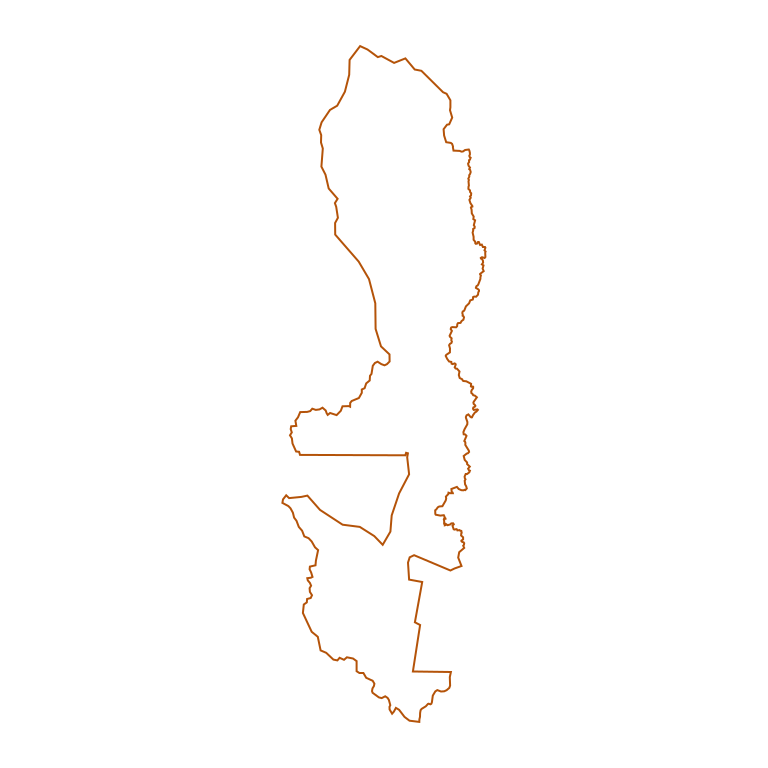 Rodríguez, San José, Uruguay (Equal Earth projection)
{"feature_id": "84410073B80691141354915", "entity_name": "Rodríguez", "entity_type": "district", "adm_level": 2, "iso_a3": "URY", "parent_name": "Uruguay", "parent_adm1": "San José", "projection": "equal_earth", "projection_center": [-56.456, -34.221], "detail": "fine", "context": "isolated", "style": "outline", "palette": "amber", "viewbox_px": 768, "rotation_deg": 0, "n_neighbors": 0, "source": "geoboundaries", "source_scale": "gbopen_adm2", "svg_char_len": 6102}
<svg xmlns="http://www.w3.org/2000/svg" viewBox="0 0 768 768"><path d="M450.9,672.0L412.9,671.5L420.1,625.0L414.9,622.3L422.2,582.0L409.1,579.6L408.0,562.6L409.7,557.3L414.1,555.2L450.4,570.5L454.5,568.5L461.5,566.0L458.2,557.6L459.2,552.2L464.2,547.9L463.2,545.7L463.9,544.9L464.2,543.2L463.6,542.3L462.3,542.0L461.4,541.1L461.4,540.6L463.1,539.4L463.1,537.3L461.1,535.5L461.3,533.1L461.7,532.8L461.3,530.9L460.3,530.8L459.6,530.1L457.4,530.4L456.9,529.4L456.2,529.1L454.7,529.6L453.7,529.3L452.5,525.7L453.8,524.3L453.1,523.3L451.3,523.4L450.3,524.4L447.6,525.2L445.9,524.0L445.5,525.1L444.8,525.3L444.8,524.4L444.1,523.8L444.2,520.9L443.8,519.4L444.0,518.9L445.5,518.8L445.5,518.4L444.5,517.4L444.5,516.6L443.8,515.2L440.3,515.6L435.7,514.7L435.3,513.9L435.2,510.3L436.3,509.4L437.8,507.3L439.2,506.5L442.4,506.2L445.7,500.5L446.2,498.5L445.9,496.6L448.2,494.2L448.5,492.7L449.9,493.2L452.8,493.2L452.6,492.5L451.7,491.9L451.4,489.0L456.9,486.9L458.7,489.0L461.4,490.2L463.6,490.3L464.5,489.8L465.3,490.1L466.8,488.5L466.2,486.3L465.1,484.4L464.7,480.7L465.5,479.3L464.8,478.1L464.6,476.6L465.7,474.0L467.1,474.0L469.3,472.3L469.9,470.7L469.0,470.4L468.1,468.7L469.8,466.6L467.1,464.1L467.1,462.5L464.7,459.9L463.7,456.0L466.7,453.6L468.0,453.2L469.1,451.9L468.8,450.6L465.3,444.9L465.4,442.9L465.1,441.8L464.3,441.0L466.5,435.9L465.3,434.5L463.7,434.3L463.4,432.1L464.5,429.3L467.3,424.3L467.4,422.0L465.9,417.7L465.9,416.9L466.6,415.3L468.4,414.4L470.3,416.7L471.3,417.4L472.0,417.3L472.9,415.3L474.9,412.5L476.4,411.6L477.9,409.9L477.4,409.4L473.7,409.9L473.0,408.8L473.3,407.5L474.8,406.7L475.4,405.9L474.9,405.0L473.7,403.9L473.4,402.6L473.7,401.8L476.9,397.3L474.8,395.6L473.2,395.2L472.5,393.9L471.4,393.1L471.2,391.5L471.8,389.9L473.1,388.4L473.2,386.9L472.8,386.5L471.5,386.8L470.9,386.4L471.1,383.8L466.3,381.3L463.4,381.0L462.8,380.6L462.2,379.3L459.7,378.0L458.8,375.0L459.5,371.5L457.0,368.7L455.6,368.5L454.7,367.3L455.7,364.7L455.6,364.1L454.7,363.4L452.6,364.1L451.6,363.7L451.3,361.9L449.1,361.5L447.2,358.9L445.7,355.9L446.2,354.9L449.9,352.4L450.0,348.4L449.1,345.2L450.0,343.8L451.4,343.0L451.9,341.6L451.3,340.3L451.6,338.3L449.9,336.7L449.6,335.8L451.9,330.9L450.7,329.1L451.1,327.6L452.2,327.1L456.1,327.3L457.1,326.3L457.3,324.2L458.0,323.1L460.5,322.9L461.6,321.0L463.4,319.7L464.0,317.3L463.5,316.3L462.6,315.7L462.8,314.9L462.3,313.0L462.7,311.5L463.9,310.9L464.5,310.0L465.9,306.4L469.1,303.3L470.2,300.4L472.8,299.5L473.1,298.2L473.0,297.2L474.1,296.6L476.1,296.7L478.0,294.7L478.3,292.3L479.0,291.1L479.0,290.2L478.4,289.4L475.9,287.9L475.9,287.4L476.6,286.0L477.7,285.4L478.3,284.4L480.4,278.9L480.4,277.4L480.9,275.4L480.1,274.5L480.1,273.9L483.7,271.1L482.6,268.6L483.5,265.4L481.9,264.4L483.1,262.6L482.9,260.5L482.0,259.1L480.9,258.5L480.8,257.9L482.0,257.2L484.6,258.0L485.4,257.0L485.2,252.7L485.6,251.5L484.5,250.4L485.4,247.7L485.0,247.0L482.9,247.0L481.8,244.6L480.1,245.0L478.8,242.0L478.0,242.0L477.0,243.6L475.8,243.8L475.3,243.3L475.2,241.7L473.6,239.8L473.6,236.8L472.6,232.6L473.2,230.5L473.1,229.0L474.6,228.0L474.7,226.6L473.8,225.2L475.1,220.3L473.3,219.1L473.7,216.6L471.8,213.4L471.6,209.7L470.9,207.6L471.3,207.0L472.4,206.6L472.4,206.1L470.4,203.1L469.4,199.9L470.7,197.8L470.0,196.4L471.0,195.5L471.2,193.3L470.1,192.0L470.0,190.4L468.4,188.9L468.5,186.7L468.9,185.6L468.5,181.3L468.9,180.0L468.3,178.7L469.3,176.6L469.2,175.2L470.1,173.9L470.7,172.0L470.1,169.9L469.2,169.1L470.0,167.6L468.6,165.8L468.1,163.9L468.1,163.5L469.1,162.1L469.0,160.2L469.9,159.7L470.6,157.7L469.8,157.2L469.3,155.9L469.9,154.5L469.9,152.9L469.4,150.7L468.8,149.5L465.1,150.0L462.9,151.5L461.4,151.6L459.7,150.9L453.5,150.6L452.9,147.2L453.0,146.5L452.1,143.9L450.8,142.9L446.2,142.2L444.1,135.5L443.6,129.2L447.0,124.7L449.2,124.3L452.2,117.6L450.0,110.2L450.4,107.3L450.4,100.3L446.6,93.8L443.0,92.2L421.4,70.8L414.7,69.5L405.4,58.4L394.1,62.9L381.4,56.0L377.8,57.1L367.5,49.5L360.1,46.1L349.6,59.9L349.2,74.8L344.9,91.7L337.2,105.7L330.0,109.9L321.6,122.3L319.3,129.8L321.2,135.1L321.0,142.5L322.8,148.5L321.4,166.6L325.5,174.7L328.7,188.5L337.6,198.8L334.9,203.1L336.2,206.8L337.9,217.8L335.1,223.0L335.2,234.6L358.7,261.6L369.0,279.1L375.3,303.3L375.6,328.9L381.0,346.4L389.5,354.4L389.6,361.5L386.9,364.2L384.5,365.3L381.3,364.1L377.6,361.7L374.9,363.0L372.8,365.8L371.5,373.9L370.0,375.8L369.7,380.5L366.2,383.4L364.6,388.2L361.8,389.5L361.8,392.8L358.9,398.0L351.7,401.0L350.2,402.9L350.1,406.7L348.8,406.1L342.5,406.3L340.8,410.8L336.6,415.1L330.1,413.0L327.7,414.9L326.7,413.3L325.7,410.5L322.5,407.7L319.5,409.4L315.8,409.9L312.3,408.7L310.2,411.1L307.2,411.9L300.2,412.1L298.0,417.3L295.4,420.7L296.3,425.9L291.2,426.3L290.7,429.1L291.8,432.4L290.0,435.3L291.9,438.4L292.5,443.5L296.1,451.5L299.1,451.8L300.0,454.9L405.3,455.3L406.1,452.8L407.9,453.3L407.2,457.3L409.1,474.3L399.1,493.4L391.7,515.4L390.4,531.6L382.7,544.8L374.3,536.1L359.8,526.9L342.6,524.7L320.0,509.9L307.4,495.6L301.4,496.9L289.1,498.1L286.2,495.3L283.0,499.4L282.4,502.9L288.4,506.1L290.5,508.3L292.9,512.7L294.1,517.6L296.5,520.8L298.8,526.9L302.1,530.7L304.3,536.4L308.6,538.2L311.7,541.5L315.0,547.3L318.1,550.1L315.9,560.7L315.5,565.3L309.9,566.6L309.6,569.3L311.1,572.4L312.5,576.9L310.9,577.7L307.3,578.2L307.8,580.4L309.9,582.9L311.1,585.7L309.6,588.2L309.9,591.9L312.0,595.2L310.7,598.0L307.1,599.0L306.8,602.4L303.8,604.5L302.9,613.0L311.7,631.8L317.8,636.8L320.6,650.4L326.2,652.8L333.4,659.6L337.4,660.4L339.6,657.8L344.0,659.8L346.9,657.3L353.0,658.5L356.6,661.1L356.6,671.2L359.4,673.0L363.4,673.0L366.2,677.8L372.7,680.8L374.4,683.7L373.9,686.1L372.5,688.4L372.0,691.1L372.6,692.8L378.9,697.4L381.7,698.1L385.2,696.3L387.6,697.9L388.9,700.0L390.3,705.2L389.5,706.8L389.6,709.5L392.1,713.7L393.9,711.6L395.9,707.9L399.1,709.8L404.5,716.9L409.5,720.7L419.3,721.9L419.4,719.4L420.0,716.8L420.1,713.0L420.6,710.2L421.6,708.9L425.8,706.3L428.0,703.9L428.6,703.7L430.4,704.3L431.3,703.8L431.9,702.3L432.8,695.6L435.3,691.4L437.3,690.1L441.0,691.5L444.2,691.3L446.6,690.2L449.3,687.9L450.1,685.6L449.8,677.1L450.9,672.0Z" fill="none" stroke="#b45309" stroke-width="2"/></svg>